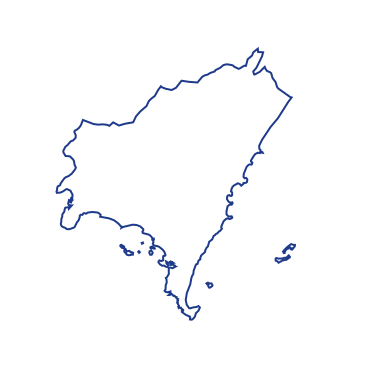 the district of Nias Utara, Sumatera Utara, Indonesia, rotated 243°
{"feature_id": "22746128B50601239773602", "entity_name": "Nias Utara", "entity_type": "district", "adm_level": 2, "iso_a3": "IDN", "parent_name": "Indonesia", "parent_adm1": "Sumatera Utara", "projection": "natural_earth1", "projection_center": [97.265, 1.31], "detail": "fine", "context": "isolated", "style": "outline", "palette": "blue", "viewbox_px": 384, "rotation_deg": 243, "n_neighbors": 0, "source": "geoboundaries", "source_scale": "gbopen_adm2", "svg_char_len": 6028}
<svg xmlns="http://www.w3.org/2000/svg" viewBox="0 0 384 384"><g transform="rotate(243 192 192)"><path d="M305.7,127.5L302.0,123.4L300.5,120.6L299.9,118.0L299.8,115.4L298.9,114.4L295.4,114.2L293.1,112.9L291.9,109.4L292.2,107.0L290.3,102.3L289.7,99.5L287.1,96.0L285.6,95.4L281.5,95.7L279.2,99.4L275.1,100.8L273.0,100.9L269.9,99.8L266.5,99.6L265.4,98.4L262.9,93.1L262.2,89.2L262.5,86.4L262.1,84.4L259.2,78.7L257.9,77.6L258.0,75.1L257.0,73.8L254.9,72.6L253.8,71.4L252.6,71.2L251.2,74.6L251.1,77.4L251.6,81.1L251.3,82.0L248.3,84.3L243.7,84.3L241.8,83.1L241.7,81.7L240.3,80.7L239.7,81.2L239.8,82.1L239.1,81.9L238.9,80.8L239.2,80.2L238.3,80.3L237.6,79.4L239.8,78.3L240.2,79.2L240.7,78.8L237.7,76.3L235.4,76.4L235.7,77.3L235.0,77.7L234.6,78.7L233.0,74.7L234.1,75.1L234.9,74.2L235.5,72.1L235.2,71.4L232.4,69.2L230.9,66.3L229.1,65.3L226.8,63.0L224.9,62.1L223.1,60.6L221.6,60.3L219.7,60.8L217.5,62.9L215.9,63.5L214.6,65.6L213.9,70.2L214.2,71.7L217.2,75.7L218.3,78.2L220.6,80.6L221.7,81.1L222.2,82.0L222.2,82.7L221.4,83.9L222.2,85.5L222.2,86.3L220.8,87.7L220.9,90.0L219.4,94.2L216.6,98.5L215.4,99.4L213.1,100.2L211.7,98.9L206.2,106.1L202.1,109.8L197.3,112.1L193.5,113.1L192.9,113.8L192.1,113.0L192.2,114.4L189.8,124.3L187.8,127.6L184.8,130.3L181.0,131.7L179.7,131.0L179.3,129.9L177.8,129.5L173.6,134.2L172.2,135.0L169.1,135.8L167.6,134.9L167.0,135.0L166.9,135.8L167.3,136.6L166.9,136.5L166.6,135.5L165.0,135.0L163.7,133.6L161.5,133.9L159.3,136.8L157.9,137.9L153.9,139.7L151.2,140.2L147.9,139.8L147.4,138.8L148.0,137.7L147.8,137.1L144.2,135.3L144.4,133.2L145.8,132.1L145.6,130.9L144.6,130.2L142.1,130.6L139.9,131.9L139.1,133.7L137.0,135.0L136.5,135.9L136.5,136.4L137.4,137.5L138.3,137.5L139.6,136.8L141.9,137.4L141.3,137.9L140.3,137.6L139.9,138.5L139.5,138.5L139.8,141.3L139.0,141.2L138.6,142.6L137.2,143.3L137.5,142.3L137.2,141.4L137.5,140.8L137.1,140.5L137.6,139.9L137.0,139.5L136.5,140.2L136.8,140.6L135.9,141.9L134.2,143.4L133.6,143.5L133.9,142.6L133.6,142.4L133.0,143.2L132.9,140.2L134.7,138.1L134.6,136.6L129.4,134.1L127.2,130.5L127.3,129.7L125.4,129.5L122.7,128.3L120.9,126.3L117.4,124.3L116.4,122.7L115.0,123.1L114.7,123.9L113.7,124.6L113.5,126.4L113.0,126.6L113.1,127.6L112.3,127.3L112.4,126.7L111.5,125.8L110.9,125.7L110.7,124.6L110.3,125.3L110.6,127.3L110.3,127.7L109.3,127.8L107.8,128.9L107.6,128.6L106.6,129.7L105.5,129.8L105.3,130.5L104.3,130.1L103.4,130.7L103.4,130.3L102.7,130.5L101.9,129.8L101.6,130.2L100.2,128.6L99.7,129.1L99.0,128.6L96.0,128.7L95.7,128.4L95.9,127.7L94.6,127.5L94.6,128.6L93.7,129.2L93.7,129.7L92.6,129.7L91.1,130.6L90.2,130.3L89.9,129.5L90.5,128.9L89.7,128.5L85.2,130.8L82.2,133.4L81.9,133.1L81.1,133.5L79.4,132.3L78.3,133.8L78.7,136.0L79.8,138.2L82.2,140.4L83.3,143.9L85.5,146.6L87.4,146.0L87.6,143.4L88.6,140.8L89.2,137.5L89.8,136.7L93.9,136.1L98.7,137.4L104.3,141.5L110.6,148.6L115.3,152.1L117.3,154.1L118.2,155.8L121.2,157.8L125.3,162.3L125.7,163.2L125.4,164.2L128.0,166.8L128.2,168.9L129.3,169.2L131.4,171.6L132.6,176.4L133.9,177.2L135.7,179.6L136.3,181.4L139.9,184.8L140.6,188.5L143.1,191.5L143.2,193.2L143.7,194.1L143.7,196.0L144.6,198.1L144.5,199.0L145.7,202.0L147.3,202.0L148.6,203.2L151.6,206.9L152.3,209.2L152.6,209.1L153.0,209.1L152.3,209.2L152.6,210.0L152.4,211.5L150.7,213.4L150.6,215.6L151.0,216.3L152.3,216.3L153.6,213.4L156.3,212.6L158.9,213.8L163.1,217.2L163.7,219.8L162.7,221.5L163.4,223.0L164.5,223.2L164.9,221.5L166.7,220.2L169.7,219.9L172.0,221.3L172.6,222.5L172.4,223.4L172.2,224.0L171.3,224.2L170.6,225.3L170.8,226.1L172.7,227.3L173.6,227.5L174.8,227.0L175.6,227.9L176.2,228.0L178.3,230.6L178.8,232.7L178.9,236.9L177.2,238.3L175.3,238.7L175.8,241.3L176.6,241.9L175.7,244.3L175.9,245.4L178.0,247.0L179.9,246.7L180.4,245.1L182.2,244.8L184.8,246.5L189.7,252.2L190.5,254.8L190.4,256.0L189.4,257.4L189.6,258.1L190.9,259.1L192.4,258.4L193.3,258.9L196.1,263.3L197.1,265.6L197.1,268.5L195.8,270.2L195.9,271.3L194.8,272.8L195.6,272.8L197.3,271.4L198.3,272.1L199.8,271.6L201.8,272.4L202.9,273.1L206.7,278.1L214.3,291.6L218.7,302.0L228.6,318.7L231.0,323.7L232.4,322.4L245.3,315.7L247.2,315.5L251.9,316.4L257.0,315.5L261.9,316.5L263.6,315.7L265.6,313.9L267.8,313.4L270.5,313.6L268.3,306.9L268.2,301.2L268.8,300.7L271.6,301.3L273.3,305.5L274.7,307.5L281.2,316.1L284.2,318.8L286.7,314.5L289.8,315.7L288.6,309.9L286.3,307.5L285.0,301.9L279.9,297.3L280.8,295.9L280.4,290.6L280.6,289.4L284.6,286.4L285.9,286.1L287.4,284.6L289.8,281.3L290.4,279.7L290.8,277.4L289.9,273.8L289.9,268.1L289.1,266.9L289.8,262.2L289.5,259.2L290.1,256.8L290.0,253.4L287.1,246.6L291.4,239.5L295.9,233.2L292.1,225.0L292.1,220.2L295.8,215.6L298.9,212.8L300.3,212.3L298.4,208.4L294.4,202.3L293.8,198.7L292.7,195.0L289.2,190.4L287.3,182.6L284.9,176.6L280.8,171.2L283.3,163.1L284.4,157.1L289.8,153.4L288.5,148.4L290.5,146.7L292.8,143.2L294.6,139.0L297.2,135.2L305.7,127.5ZM94.5,236.1L92.8,235.4L91.4,236.7L89.7,237.0L89.9,241.6L88.8,245.4L89.3,249.3L89.7,249.8L91.6,249.4L90.6,246.1L91.4,244.6L91.7,242.4L93.4,238.7L94.6,237.6L94.9,236.7L94.5,236.1ZM176.5,103.6L174.1,104.2L172.8,105.9L171.3,105.9L170.6,105.1L169.2,104.6L167.3,105.4L165.8,105.4L164.3,107.0L163.6,109.1L163.7,110.3L163.1,110.8L164.6,111.9L165.7,111.0L166.0,110.0L167.4,109.8L168.1,109.3L168.6,106.9L170.9,107.0L173.0,106.2L174.3,106.7L177.0,105.0L177.1,104.2L176.5,103.6ZM97.6,246.1L95.9,246.1L95.6,246.9L96.5,247.4L97.8,249.4L98.1,250.7L97.9,252.1L98.5,254.1L97.2,254.2L96.7,255.1L96.0,254.2L95.2,255.1L96.9,258.9L98.1,259.7L98.7,258.5L100.6,256.7L99.6,251.4L98.6,248.5L97.6,246.1ZM104.0,165.1L104.0,163.4L102.4,163.7L101.7,164.3L100.5,163.7L99.1,163.8L98.6,164.5L99.0,167.3L99.6,167.9L101.6,167.9L102.5,166.1L104.0,165.1ZM157.2,126.4L155.2,126.2L154.4,127.5L155.4,129.2L156.7,129.5L158.5,129.0L158.5,127.3L157.2,126.4ZM160.3,131.7L161.5,131.8L161.7,130.7L161.7,130.0L161.2,129.5L160.1,130.0L159.9,130.9L160.3,131.7ZM162.1,118.2L163.4,117.8L163.2,117.0L161.8,117.2L162.1,118.2ZM169.3,125.3L169.4,124.0L168.5,124.0L168.6,125.2L169.3,125.3ZM158.7,132.6L158.4,133.0L158.7,133.3L159.2,133.0L158.7,132.6Z" fill="none" stroke="#1e3a8a" stroke-width="2"/></g></svg>